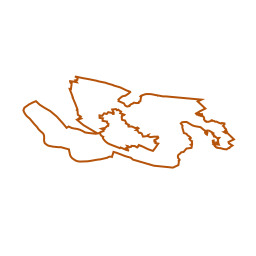 Salaspils pag., Salaspils, Latvia (Natural Earth projection), rotated 12°
{"feature_id": "27541924B60067262699330", "entity_name": "Salaspils pag.", "entity_type": "district", "adm_level": 2, "iso_a3": "LVA", "parent_name": "Latvia", "parent_adm1": "Salaspils", "projection": "natural_earth1", "projection_center": [24.381, 56.873], "detail": "fine", "context": "isolated", "style": "outline", "palette": "amber", "viewbox_px": 256, "rotation_deg": 12, "n_neighbors": 0, "source": "geoboundaries", "source_scale": "gbopen_adm2", "svg_char_len": 5862}
<svg xmlns="http://www.w3.org/2000/svg" viewBox="0 0 256 256"><g transform="rotate(12 128 128)"><path d="M184.8,151.0L184.8,150.9L184.6,149.9L184.4,149.5L185.1,148.7L185.0,148.2L184.0,147.5L183.3,146.9L182.7,145.7L182.7,145.1L182.8,143.9L184.4,142.0L185.0,140.8L187.4,139.8L189.4,136.0L194.2,134.2L194.2,132.4L193.5,131.5L192.9,131.3L193.2,131.0L194.1,130.9L194.1,130.6L193.9,129.7L193.3,128.2L193.4,127.6L191.7,127.1L190.3,125.8L191.4,124.8L191.5,124.7L191.3,124.5L190.6,123.9L187.9,122.8L186.3,121.5L183.7,121.3L180.9,116.0L180.9,114.4L178.7,112.6L179.5,111.3L181.8,110.4L183.6,110.1L184.1,109.9L190.0,111.9L191.5,112.2L192.8,112.3L198.8,112.1L203.0,114.3L204.6,114.7L204.2,115.3L204.4,116.7L205.8,117.8L206.6,118.1L206.6,116.0L206.1,115.8L205.8,115.3L205.7,114.3L205.9,114.0L207.6,113.8L209.0,114.1L212.5,115.3L211.8,116.2L212.2,116.5L213.4,117.1L213.1,117.3L213.9,118.5L214.6,118.3L215.7,118.6L217.3,119.3L218.2,119.2L218.8,118.8L219.3,118.7L219.1,119.1L218.3,120.1L218.2,120.6L218.3,121.0L218.9,122.0L219.2,123.3L217.4,123.7L217.5,124.0L218.2,123.9L219.4,123.9L220.1,125.0L219.4,124.8L219.6,125.4L217.7,125.8L217.6,125.6L216.5,125.2L215.1,124.4L214.4,122.4L213.6,122.8L214.1,124.6L214.6,124.9L214.6,125.1L215.5,125.2L216.3,125.4L216.0,125.7L216.1,125.9L216.0,126.1L215.3,126.1L215.1,126.3L216.7,126.9L216.9,127.3L216.7,127.6L218.1,128.5L219.7,128.6L219.7,128.8L222.2,128.6L222.3,128.5L226.3,128.7L228.9,128.4L230.8,126.5L231.1,126.5L231.1,126.4L231.4,126.3L231.8,125.4L233.8,123.4L229.9,122.0L229.2,120.8L234.0,117.1L225.7,111.9L225.4,112.2L225.0,112.7L222.9,112.0L224.5,111.4L224.7,111.2L223.3,111.1L223.6,110.6L224.2,110.6L224.5,110.4L224.7,109.8L224.3,109.1L223.8,108.5L222.7,108.1L222.3,107.5L222.2,107.2L220.5,106.2L221.6,104.3L221.4,103.5L218.8,103.6L218.7,104.1L217.9,104.3L215.4,103.9L213.4,103.4L211.7,103.7L210.6,103.2L209.2,103.4L208.4,102.9L208.0,103.1L208.0,103.7L205.2,105.3L204.2,105.4L203.4,105.7L203.2,105.3L202.3,104.9L202.0,105.1L200.7,104.0L200.5,103.8L200.6,103.1L200.3,102.3L199.8,101.6L199.4,101.2L198.5,101.0L196.4,101.0L196.2,100.7L195.3,100.7L194.9,100.9L194.3,100.2L193.7,100.5L193.4,100.1L194.7,99.3L197.8,99.8L197.4,99.0L196.8,99.4L196.3,99.4L194.1,99.0L193.8,99.6L192.4,100.5L191.5,99.7L192.6,98.8L194.6,96.9L199.6,92.9L190.6,87.5L193.9,85.0L158.6,89.2L155.7,89.8L151.2,89.9L150.3,90.2L149.8,89.9L147.6,90.1L146.8,90.0L143.6,90.1L142.6,90.2L138.5,91.1L137.7,91.5L134.4,93.5L133.9,94.0L133.6,94.5L134.4,94.8L134.3,95.1L134.5,99.3L133.3,100.0L133.2,101.3L130.9,101.9L128.6,102.0L128.2,102.2L127.9,102.8L127.0,103.5L126.4,103.8L124.8,105.5L125.1,105.9L124.8,106.3L122.7,107.2L120.5,106.6L119.0,104.8L113.4,103.7L113.5,103.5L112.7,102.2L115.0,99.2L116.1,98.1L118.8,96.9L121.2,94.4L122.7,92.4L122.5,92.1L119.0,91.6L112.0,89.9L105.0,89.4L104.8,89.2L104.1,89.1L98.4,88.7L96.8,88.4L89.3,88.5L87.4,88.3L78.7,88.4L73.5,88.6L65.4,88.6L68.3,89.5L68.4,90.0L68.4,91.5L66.6,92.3L67.5,93.0L68.4,93.9L64.4,94.0L61.6,94.2L61.6,94.4L62.5,95.8L63.6,96.0L64.1,101.8L62.8,101.9L67.6,109.3L67.4,109.5L71.1,114.8L74.5,120.0L74.7,120.4L74.2,121.1L75.1,121.7L75.6,123.5L76.2,125.5L79.3,126.6L78.6,127.6L80.3,128.4L78.3,129.6L77.7,129.3L76.3,130.5L82.3,133.7L84.2,134.6L97.0,138.9L99.5,139.6L98.0,140.2L97.1,140.4L92.3,140.9L87.0,141.3L86.9,141.2L84.3,140.4L81.3,139.7L78.4,139.5L75.4,139.7L73.0,139.7L69.6,138.9L67.9,140.6L63.5,137.1L55.9,131.6L48.4,127.6L42.4,125.7L36.8,123.6L32.4,120.9L30.0,122.5L26.4,125.4L22.4,129.7L22.4,130.6L22.1,131.4L22.0,132.4L22.8,133.7L24.0,135.2L25.6,136.7L26.8,137.6L30.0,139.3L35.3,143.5L38.9,146.0L40.5,147.6L42.7,149.1L43.9,149.8L45.0,150.3L46.0,151.0L46.8,151.8L47.6,153.3L48.1,155.3L48.3,156.9L48.8,158.5L49.7,160.1L51.8,161.2L53.6,161.8L54.5,161.9L58.8,161.8L64.9,161.1L66.1,160.7L74.7,161.2L75.3,162.8L76.9,166.3L77.7,167.5L78.9,168.6L79.9,169.3L83.1,170.6L85.3,171.0L86.7,171.0L88.9,170.6L95.3,169.0L96.8,168.5L105.0,165.2L107.5,164.4L112.2,162.2L114.1,161.3L114.6,160.7L115.8,159.9L117.9,159.5L118.3,159.6L118.8,154.4L121.9,154.6L131.1,156.1L137.0,156.5L139.4,157.9L161.2,159.5L180.2,157.4L185.0,153.8L184.8,151.0ZM105.4,132.9L107.6,130.0L108.1,130.1L108.2,129.9L108.2,129.4L107.9,128.3L108.0,128.1L106.7,127.5L106.1,126.6L106.1,126.1L101.7,126.3L101.3,124.3L101.4,123.8L98.1,124.0L97.5,121.6L100.2,121.5L101.6,118.6L104.3,118.7L105.4,116.6L109.2,116.6L109.7,116.8L110.0,117.2L110.3,117.4L111.0,117.2L110.9,116.8L111.0,116.5L110.8,115.8L110.5,115.7L108.7,113.2L112.4,112.0L113.5,112.9L114.7,112.1L116.4,113.0L117.8,113.4L117.3,115.1L120.5,115.6L121.7,115.8L121.5,116.1L120.7,116.1L120.1,117.3L119.6,117.2L119.5,118.7L119.9,119.4L120.3,121.0L120.7,121.3L123.5,121.3L125.0,123.1L125.2,123.3L125.0,124.0L128.0,124.7L127.7,125.4L127.8,125.6L127.9,125.3L129.0,126.3L131.3,125.7L135.0,126.5L136.6,126.0L137.0,125.6L138.3,126.1L136.4,128.4L137.7,128.3L139.6,130.3L140.0,130.5L141.3,130.1L142.6,130.6L144.5,133.3L148.2,132.0L148.6,131.7L148.9,130.9L149.2,130.7L148.8,131.7L148.9,131.8L151.8,132.3L155.8,130.9L156.8,130.8L158.8,130.2L159.4,130.7L159.0,131.2L158.8,131.7L159.2,131.9L158.2,132.9L156.9,133.9L156.8,134.1L156.3,134.4L156.7,135.8L157.9,135.7L158.0,137.1L160.8,137.0L159.1,141.2L157.2,145.2L155.2,145.0L152.2,144.6L144.4,142.7L144.3,142.9L142.4,142.4L142.1,143.0L142.0,142.9L141.8,143.4L142.1,143.4L141.6,144.2L141.4,144.1L140.9,145.1L138.2,144.2L137.6,144.5L135.1,144.7L134.9,145.8L133.0,146.7L132.0,145.8L130.9,145.8L131.7,146.6L131.7,147.3L130.5,148.0L132.8,149.6L132.8,149.9L131.2,149.8L131.3,149.3L130.6,149.3L130.5,149.7L124.7,148.6L124.2,149.4L113.6,147.7L112.0,147.3L110.8,146.9L109.1,146.0L108.1,145.4L106.2,143.9L106.0,143.6L105.4,142.9L105.6,141.8L105.2,141.8L105.1,141.7L103.4,141.0L102.8,140.5L102.2,139.6L101.8,139.3L101.3,139.1L100.7,139.2L100.2,139.4L102.5,137.4L104.7,136.1L104.3,135.2L104.8,134.6L102.2,134.2L103.5,133.5L105.4,132.9Z" fill="none" stroke="#b45309" stroke-width="2"/></g></svg>